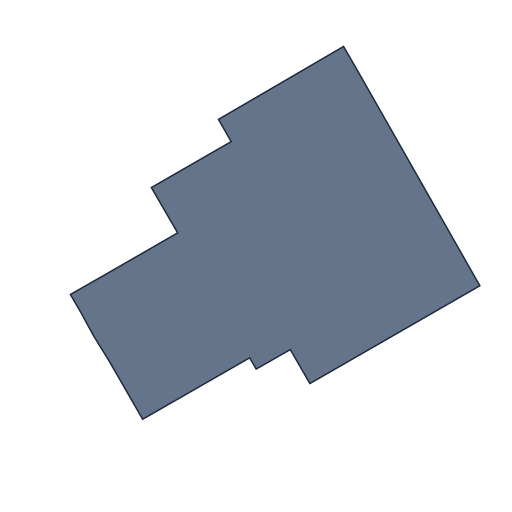 outline of Tippah, Mississippi, United States of America, rotated 240°
{"feature_id": "52423323B445866632438", "entity_name": "Tippah", "entity_type": "district", "adm_level": 2, "iso_a3": "USA", "parent_name": "United States of America", "parent_adm1": "Mississippi", "projection": "mercator", "projection_center": [-88.878, 34.796], "detail": "fine", "context": "isolated", "style": "filled", "palette": "slate", "viewbox_px": 512, "rotation_deg": 240, "n_neighbors": 0, "source": "geoboundaries", "source_scale": "gbopen_adm2", "svg_char_len": 393}
<svg xmlns="http://www.w3.org/2000/svg" viewBox="0 0 512 512"><g transform="rotate(240 256 256)"><path d="M315.5,76.0L294.7,76.1L268.0,75.4L239.6,76.3L171.3,76.2L171.0,199.6L158.0,199.6L157.8,238.9L118.6,238.9L118.3,435.0L363.7,436.6L380.6,436.6L393.7,436.6L393.1,291.8L367.5,291.7L367.6,199.6L315.2,199.7L315.3,116.6L315.5,76.0Z" fill="#64748b" stroke="#1e293b" stroke-width="1.5"/></g></svg>